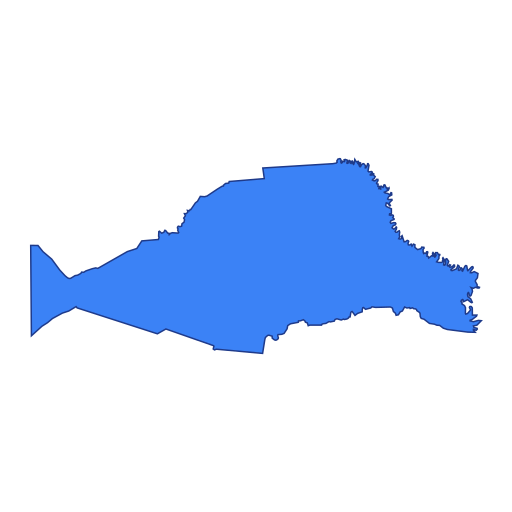 the district of Mongkol Borei, Bântéay Méanchey, Cambodia
{"feature_id": "14789045B79139506572883", "entity_name": "Mongkol Borei", "entity_type": "district", "adm_level": 2, "iso_a3": "KHM", "parent_name": "Cambodia", "parent_adm1": "Bântéay Méanchey", "projection": "natural_earth1", "projection_center": [103.095, 13.468], "detail": "fine", "context": "isolated", "style": "filled", "palette": "blue", "viewbox_px": 512, "rotation_deg": 0, "n_neighbors": 0, "source": "geoboundaries", "source_scale": "gbopen_adm2", "svg_char_len": 6105}
<svg xmlns="http://www.w3.org/2000/svg" viewBox="0 0 512 512"><path d="M475.2,332.3L473.4,330.2L473.4,329.4L476.2,330.3L477.3,329.1L477.1,328.3L473.9,327.5L473.4,325.9L476.9,325.2L481.3,320.7L478.4,320.4L473.4,321.7L470.1,320.9L470.1,320.2L472.3,319.4L476.5,316.2L476.9,315.1L472.4,315.1L472.3,307.9L471.4,306.6L470.5,306.4L469.7,306.6L469.4,307.6L470.5,309.7L470.1,310.5L467.5,313.5L465.8,314.1L465.4,313.3L465.5,307.7L464.5,305.6L461.9,303.9L462.1,302.8L461.0,301.5L461.4,300.2L462.7,299.5L463.2,300.1L463.0,301.1L463.6,301.7L467.6,299.7L470.7,302.2L471.8,302.7L472.3,302.3L470.6,298.7L467.9,296.7L467.5,294.7L467.7,293.3L468.3,292.5L468.8,292.9L469.5,295.8L470.1,296.1L471.0,295.5L472.5,291.4L472.1,289.2L471.0,287.5L473.5,288.3L475.3,287.3L478.0,288.1L479.3,287.9L479.5,287.3L477.1,286.5L477.1,284.5L475.4,281.6L475.5,280.3L477.4,277.8L478.0,273.5L474.2,271.6L471.7,272.8L470.3,272.7L470.6,271.5L473.1,268.1L473.1,267.1L472.5,266.6L471.6,266.9L467.9,270.7L467.5,270.2L466.8,266.0L466.2,265.6L465.5,265.6L464.7,266.6L462.6,271.1L461.9,270.7L462.2,268.8L461.5,267.9L460.9,267.9L460.0,270.0L459.0,270.5L458.4,270.1L458.6,268.4L459.5,267.3L459.0,266.0L457.9,265.2L456.5,268.8L452.4,270.6L451.2,270.5L450.9,269.7L454.6,266.7L454.5,265.1L453.9,264.9L452.3,266.6L450.1,267.3L449.2,266.5L450.5,265.1L449.8,264.7L449.6,265.3L447.6,265.8L447.3,265.2L448.7,261.4L446.9,258.8L446.2,258.7L445.6,259.7L445.6,263.9L444.7,265.2L443.6,264.9L444.3,259.7L443.0,257.7L442.6,258.2L443.0,259.7L442.5,260.5L442.8,261.5L441.7,262.4L438.4,262.4L436.6,261.8L438.9,258.6L439.0,256.0L439.9,254.9L439.7,254.4L438.4,254.4L437.4,252.6L435.6,252.6L435.4,253.7L436.1,255.3L435.2,256.9L434.7,257.0L434.5,254.3L433.0,252.5L432.5,253.2L432.6,254.4L433.4,255.7L433.1,256.2L431.7,255.7L428.7,258.0L428.1,256.4L426.9,256.1L427.8,252.1L427.4,251.7L426.6,251.8L426.0,253.5L424.7,253.0L423.8,253.6L423.3,252.8L423.0,249.6L424.1,248.1L423.9,247.3L421.7,247.1L421.0,248.6L417.6,249.6L414.9,247.4L414.9,244.7L413.4,244.1L412.0,246.1L411.1,244.1L409.8,245.0L408.4,244.9L408.0,243.5L408.7,241.3L408.2,240.7L407.2,240.4L405.6,241.6L404.1,241.8L402.1,235.7L401.3,236.5L401.8,238.4L400.2,239.1L398.7,238.7L399.7,236.9L399.3,235.0L399.7,232.2L399.3,230.8L398.2,231.2L397.1,232.2L395.9,232.3L395.1,231.3L396.4,229.2L396.6,227.3L396.2,226.9L394.7,228.7L393.6,229.1L392.0,227.8L393.2,225.7L395.4,224.8L395.9,223.7L395.4,222.8L393.8,222.6L390.9,223.4L390.2,222.4L390.9,220.7L394.0,219.5L394.2,219.0L392.7,217.5L393.4,216.6L393.3,215.4L392.3,214.9L390.4,215.4L389.4,215.0L389.6,213.8L391.2,213.7L391.4,213.2L391.4,208.8L386.5,206.5L385.7,205.4L386.3,202.9L387.7,203.3L389.8,205.9L390.4,205.6L389.4,203.7L389.4,202.8L392.1,200.1L391.9,199.4L388.6,199.6L387.6,199.0L388.6,196.7L391.8,194.9L391.6,192.8L391.0,192.6L389.7,194.9L387.9,193.5L385.1,193.0L384.3,192.2L388.2,190.3L389.1,188.5L389.0,187.8L387.3,189.3L387.0,187.8L386.3,187.9L384.9,184.9L384.4,184.8L383.8,185.1L383.7,186.7L383.0,187.5L381.6,186.2L380.7,186.3L380.7,189.1L380.1,189.0L379.7,187.9L378.9,188.3L379.3,186.4L377.9,186.4L378.1,184.1L376.8,183.8L376.5,183.2L378.0,180.6L377.9,179.4L376.6,179.3L375.4,180.6L374.2,180.9L372.4,180.1L372.7,179.3L374.1,178.7L375.2,176.6L373.6,175.2L373.8,173.9L372.8,173.4L372.0,175.1L370.3,175.1L370.2,174.6L372.3,172.6L372.2,172.0L371.5,171.5L368.8,171.9L368.0,171.1L369.0,165.3L368.2,163.7L367.6,163.7L367.1,165.7L365.8,167.9L365.2,167.8L365.5,165.7L363.8,163.7L362.9,163.7L361.5,164.8L360.5,166.7L359.7,166.6L359.2,165.6L360.1,164.9L360.6,163.0L359.9,162.6L358.7,164.4L357.7,163.3L358.5,162.2L358.2,161.3L356.3,161.9L354.8,159.4L354.0,163.9L353.5,164.4L352.8,163.5L352.8,161.9L352.3,161.0L351.3,161.4L351.6,162.8L351.1,163.5L350.1,162.9L350.0,162.0L350.6,161.5L349.6,160.5L348.8,161.2L348.0,163.2L347.2,163.4L346.8,163.0L347.7,160.3L345.2,159.4L344.1,159.8L344.7,161.0L344.5,161.6L342.4,161.2L342.4,162.5L341.3,163.1L340.7,161.8L341.2,160.6L340.4,158.8L339.9,158.6L337.9,159.1L336.8,161.0L337.2,162.2L336.2,163.1L332.7,163.7L262.8,168.0L264.3,178.6L229.2,181.5L228.7,183.1L225.5,183.5L223.4,185.3L223.4,186.0L222.0,186.3L217.4,189.1L207.1,196.0L204.6,196.7L200.3,196.4L197.5,201.3L195.4,202.9L190.8,209.6L190.2,209.5L189.4,210.8L187.4,210.4L187.9,212.0L186.4,213.6L184.4,213.6L185.4,215.8L183.7,218.1L184.6,219.7L184.0,222.2L182.0,223.7L181.6,226.2L180.0,226.6L178.3,226.2L177.6,227.0L177.4,227.9L178.1,228.9L177.7,230.1L178.7,232.6L178.1,233.1L172.3,232.7L170.5,233.3L169.2,234.6L168.9,233.2L167.8,233.2L165.6,230.5L164.8,230.3L163.8,232.3L161.7,233.2L159.4,231.2L158.8,231.6L158.6,236.3L159.1,237.1L158.4,239.5L141.8,240.9L136.8,248.5L127.3,251.6L97.8,268.4L95.7,267.9L92.3,268.7L85.9,270.9L83.7,272.3L81.6,272.1L81.1,273.1L79.8,274.0L77.5,275.2L75.1,275.6L70.7,278.3L69.1,278.5L67.5,277.8L65.0,275.7L59.8,270.1L51.7,259.1L43.0,251.7L38.0,245.5L30.7,245.4L31.4,335.8L42.0,326.2L47.5,322.7L52.5,318.5L62.4,313.1L68.8,311.0L76.1,306.6L77.1,307.9L157.4,333.8L165.9,329.0L213.6,345.7L213.9,346.2L213.2,349.0L214.5,349.9L216.4,349.2L262.6,353.4L264.8,339.7L265.3,337.7L266.3,336.6L267.8,335.4L269.0,335.2L272.2,336.2L272.2,338.1L273.9,339.5L275.2,340.2L276.6,340.0L278.1,338.8L278.4,337.8L277.7,335.8L278.0,334.6L281.8,334.3L284.1,333.4L287.1,328.8L287.7,325.6L290.5,323.8L297.8,322.4L298.4,322.2L298.5,320.9L300.5,320.8L303.4,319.7L305.2,321.3L305.4,322.2L307.3,322.9L308.2,325.7L309.9,325.1L321.5,325.1L321.5,324.5L322.9,323.8L325.9,323.4L329.0,321.6L330.4,321.9L334.3,321.1L335.0,319.5L336.9,318.8L341.2,320.0L343.5,319.1L344.4,319.5L346.9,319.0L348.4,318.1L349.2,316.9L350.1,316.9L350.8,312.5L351.4,311.7L352.2,311.5L355.0,315.4L357.6,313.4L362.2,311.8L362.3,309.1L362.8,307.7L363.5,307.5L365.5,309.3L370.7,308.0L372.0,306.8L375.5,307.4L390.4,307.0L392.4,308.0L393.4,311.5L395.4,313.2L396.1,315.3L398.4,314.8L400.2,311.9L402.4,311.0L404.6,307.0L406.9,308.0L409.6,307.6L410.1,308.5L412.5,307.8L413.9,308.8L415.3,308.8L416.5,309.5L416.8,310.6L419.4,312.4L420.0,313.3L420.3,316.7L421.2,318.4L424.0,319.2L429.4,323.4L434.5,324.2L436.8,325.2L439.7,325.4L443.3,328.2L447.4,329.5L467.8,332.1L475.2,332.3Z" fill="#3b82f6" stroke="#1e3a8a" stroke-width="1.5"/></svg>